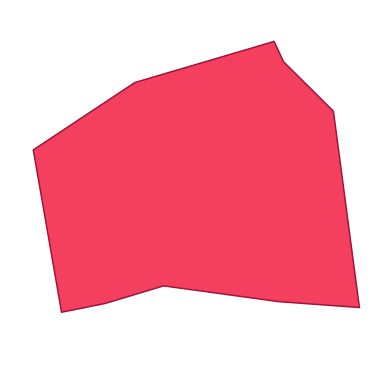 SVG path tracing the border of Butuan, rotated 82°
{"feature_id": "PHL-5532", "entity_name": "Butuan", "entity_type": "Highly Urbanized City", "adm_level": 1, "iso_a3": "PHL", "parent_name": "Philippines", "parent_adm1": "", "projection": "equal_earth", "projection_center": [125.568, 8.906], "detail": "fine", "context": "isolated", "style": "filled", "palette": "rose", "viewbox_px": 384, "rotation_deg": 82, "n_neighbors": 0, "source": "natural_earth", "source_scale": "10m", "svg_char_len": 293}
<svg xmlns="http://www.w3.org/2000/svg" viewBox="0 0 384 384"><g transform="rotate(82 192 192)"><path d="M54.3,89.8L75.8,83.2L131.7,40.7L329.7,42.3L312.6,121.6L281.0,233.3L290.3,293.6L292.9,337.9L128.2,343.3L75.6,233.3L54.3,89.8Z" fill="#f43f5e" stroke="#9f1239" stroke-width="1.5"/></g></svg>